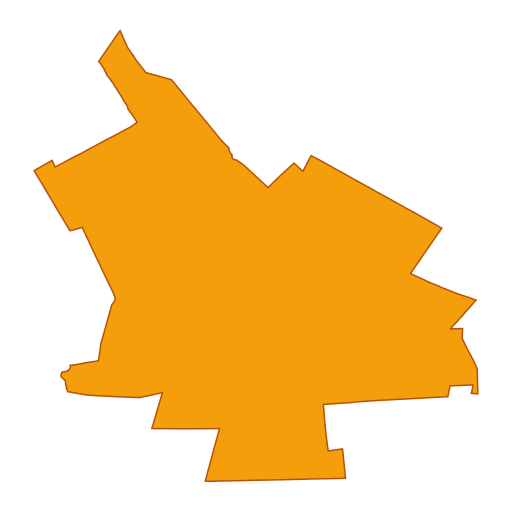 Movila Banului, Buzau, Romania
{"feature_id": "2599482B74879636835293", "entity_name": "Movila Banului", "entity_type": "district", "adm_level": 2, "iso_a3": "ROU", "parent_name": "Romania", "parent_adm1": "Buzau", "projection": "mercator", "projection_center": [26.693, 44.979], "detail": "fine", "context": "isolated", "style": "filled", "palette": "amber", "viewbox_px": 512, "rotation_deg": 0, "n_neighbors": 0, "source": "geoboundaries", "source_scale": "gbopen_adm2", "svg_char_len": 5043}
<svg xmlns="http://www.w3.org/2000/svg" viewBox="0 0 512 512"><path d="M345.5,478.3L344.6,469.1L343.4,457.1L342.5,448.9L328.2,450.9L326.7,439.9L326.6,439.4L325.2,426.8L325.2,426.7L323.4,404.4L329.0,404.1L331.9,403.9L335.0,403.7L336.2,403.6L350.8,402.6L356.3,401.9L358.8,401.8L372.5,400.8L375.0,400.6L377.0,400.5L409.0,398.8L445.4,396.8L447.8,396.8L449.6,388.1L450.0,385.9L473.1,384.9L472.2,389.4L471.3,393.4L477.9,393.8L477.5,381.2L477.2,368.7L473.5,360.5L472.1,357.9L466.5,347.5L462.2,338.3L462.2,338.0L462.6,328.5L460.3,328.6L450.6,328.9L452.1,326.9L454.5,324.2L457.8,320.8L459.3,318.8L462.7,315.4L464.3,313.5L464.8,312.7L469.0,308.1L475.6,300.5L476.1,300.1L474.9,299.7L472.9,299.0L470.0,297.9L469.3,297.6L466.7,296.8L463.3,295.7L462.1,295.3L454.9,292.8L452.1,291.6L450.0,290.8L446.9,289.6L443.8,288.3L441.3,287.4L439.8,286.7L438.5,285.9L437.4,285.5L436.6,285.3L431.9,283.4L427.2,281.4L422.2,278.9L418.6,277.3L414.8,275.6L411.0,273.7L410.7,273.6L410.7,273.2L415.4,266.4L421.6,257.5L421.5,257.4L425.6,251.6L429.7,245.7L434.0,239.4L441.8,228.2L420.3,216.0L415.4,213.2L404.7,207.4L397.2,203.2L392.9,200.8L387.5,197.8L374.6,190.7L373.3,190.0L373.4,189.9L372.5,189.5L371.8,189.1L371.3,188.7L370.8,188.5L370.6,188.4L368.9,187.5L368.0,186.9L367.4,186.6L365.9,185.8L362.7,184.0L350.9,177.5L348.9,176.4L348.5,176.1L341.4,172.2L320.0,160.3L318.8,159.7L311.1,155.6L310.4,157.0L309.2,159.3L308.2,161.1L304.7,167.9L303.0,171.2L302.4,170.9L294.1,163.2L293.4,163.5L291.9,165.0L288.9,167.8L286.3,170.1L281.1,174.9L279.1,176.8L268.0,187.6L258.4,178.7L252.9,173.5L244.2,165.5L240.8,162.9L236.6,160.1L233.1,159.2L232.7,158.7L232.3,157.9L232.0,156.6L231.7,156.2L231.8,155.7L232.1,155.3L232.2,155.1L232.1,154.8L231.9,154.5L231.6,154.2L231.3,154.0L230.8,153.7L230.6,153.2L230.1,152.6L229.7,151.6L229.4,151.1L229.0,148.8L228.8,148.0L228.6,147.6L226.6,145.7L225.0,144.1L224.1,143.2L223.3,142.4L221.4,140.3L219.7,138.4L218.4,136.9L216.9,134.9L213.3,130.4L210.6,127.2L209.9,126.3L208.3,124.3L207.3,123.0L206.8,122.4L206.3,122.0L191.4,104.0L179.6,89.6L173.6,82.2L172.2,80.6L171.6,79.8L168.9,79.0L153.9,74.8L145.8,72.6L144.1,70.3L135.7,59.6L134.4,57.3L133.3,55.6L132.9,55.0L130.4,51.6L127.8,47.9L125.8,43.5L125.5,42.7L122.7,36.7L122.4,36.1L122.5,36.0L122.4,35.6L122.2,35.2L121.9,34.7L121.2,33.0L120.8,32.3L120.6,31.7L120.1,30.7L118.9,32.1L113.0,40.6L112.2,41.8L109.0,46.4L105.0,52.2L102.2,56.3L100.4,59.0L98.6,61.8L99.9,62.7L100.0,62.9L100.1,63.0L100.4,63.3L100.8,64.0L101.5,65.2L102.6,66.6L103.3,67.9L104.0,68.8L104.8,70.8L106.1,73.2L106.5,74.5L106.7,75.1L108.1,76.5L109.6,78.4L111.1,80.6L111.6,81.3L112.1,82.0L112.8,82.8L113.7,84.2L114.1,84.8L114.5,85.9L115.5,87.3L116.3,88.3L116.9,89.5L118.5,91.9L121.9,97.4L122.6,98.9L123.6,100.5L124.5,101.7L125.1,102.8L126.0,104.0L127.0,105.5L127.3,106.3L127.8,108.0L128.0,109.2L128.3,109.6L131.5,113.9L134.7,118.4L137.1,122.3L131.3,126.5L128.8,127.9L124.0,130.4L122.3,131.3L120.8,132.2L116.7,134.4L112.7,136.5L109.4,138.2L105.7,140.0L103.9,141.0L101.3,142.4L94.1,146.4L92.6,147.2L91.2,147.9L90.3,148.4L87.4,149.9L82.9,152.5L73.4,157.3L67.4,160.4L61.1,163.9L59.0,165.0L57.9,165.6L55.1,167.1L53.7,163.9L52.3,160.8L52.1,160.4L49.9,161.7L49.0,162.2L41.8,166.2L34.1,170.6L39.1,179.0L39.9,180.4L41.6,183.1L42.3,184.3L47.9,193.8L53.5,203.1L56.9,209.0L60.4,214.8L61.3,216.3L62.3,218.0L64.0,220.8L64.3,221.3L70.0,230.8L71.1,230.5L75.2,229.4L80.4,227.9L81.4,227.6L82.1,227.3L88.5,240.8L90.1,244.3L104.0,273.7L113.3,292.9L115.3,298.2L115.1,299.4L113.6,302.4L112.4,304.1L111.8,304.8L111.4,306.2L101.4,342.0L101.2,342.1L101.1,342.5L100.8,343.8L100.6,345.0L100.6,346.1L100.5,347.1L100.3,348.7L100.1,350.2L99.8,351.7L99.5,353.2L99.3,354.7L99.0,357.2L98.7,358.6L98.4,360.0L98.4,360.6L98.4,360.8L98.2,360.9L97.7,360.9L96.7,361.1L95.4,361.3L89.0,362.2L87.7,362.4L83.4,363.2L80.4,363.8L75.6,364.7L73.9,364.9L70.2,365.2L70.4,366.4L70.3,367.3L70.2,367.9L69.9,368.6L69.4,369.3L68.9,369.8L68.4,370.1L67.9,370.3L67.3,370.9L66.5,371.3L65.7,371.5L64.9,371.6L64.3,371.7L63.5,371.8L63.0,371.8L62.6,371.9L62.0,372.2L61.8,372.4L61.7,372.6L61.6,372.9L61.5,373.2L61.4,373.9L61.1,374.9L61.0,375.3L61.0,375.9L61.1,376.2L61.1,376.7L61.2,376.8L61.4,377.0L61.6,377.2L61.8,377.3L62.1,377.7L62.8,378.4L63.6,379.2L64.0,379.5L64.6,380.1L65.3,381.0L65.6,381.8L65.6,382.5L65.5,383.2L65.6,384.4L65.7,384.6L65.9,385.4L66.5,386.0L66.4,387.2L66.3,388.0L66.8,388.9L67.0,389.5L67.3,390.7L67.5,391.6L84.0,394.6L86.1,394.9L88.4,395.1L96.2,395.7L99.9,395.9L101.1,395.9L116.1,396.7L137.2,397.5L139.1,397.6L142.5,397.0L144.3,396.6L153.8,394.6L156.9,393.8L162.4,392.6L156.9,411.3L153.1,424.3L151.8,428.6L172.5,428.7L175.1,428.8L181.3,428.8L187.5,428.8L218.1,428.6L219.5,428.5L219.3,429.4L218.7,431.6L218.2,433.5L217.3,436.7L216.9,438.0L215.2,444.4L212.7,453.5L211.8,457.1L211.0,459.9L210.4,462.1L209.2,466.5L208.4,469.3L205.3,481.1L207.7,481.3L211.7,481.3L216.3,481.1L220.8,481.0L222.5,480.7L222.5,480.9L223.0,481.0L242.4,480.6L246.7,480.5L247.3,480.4L270.4,480.0L291.8,479.5L315.4,478.9L321.2,478.8L333.2,478.6L345.5,478.3Z" fill="#f59e0b" stroke="#b45309" stroke-width="1.5"/></svg>